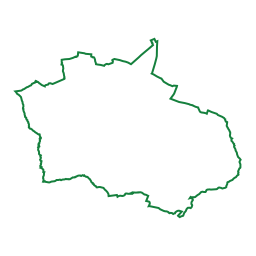 outline of Iordacheanu, Prahova, Romania
{"feature_id": "2599482B35021706171000", "entity_name": "Iordacheanu", "entity_type": "district", "adm_level": 2, "iso_a3": "ROU", "parent_name": "Romania", "parent_adm1": "Prahova", "projection": "natural_earth1", "projection_center": [26.207, 45.054], "detail": "fine", "context": "isolated", "style": "outline", "palette": "green", "viewbox_px": 256, "rotation_deg": 0, "n_neighbors": 0, "source": "geoboundaries", "source_scale": "gbopen_adm2", "svg_char_len": 5716}
<svg xmlns="http://www.w3.org/2000/svg" viewBox="0 0 256 256"><path d="M240.4,167.4L240.4,164.3L239.6,162.3L239.5,162.0L239.6,161.5L240.6,159.7L239.7,158.5L238.1,157.0L237.1,154.4L236.8,152.6L235.6,150.5L235.5,149.5L235.3,149.0L234.1,146.9L234.1,146.3L234.6,145.6L233.9,144.7L234.1,143.9L233.3,143.2L232.4,141.7L231.5,140.9L231.4,140.1L231.5,139.2L232.1,138.5L231.2,138.1L230.6,137.5L230.0,136.0L229.9,135.2L230.2,134.0L230.2,132.2L229.7,131.6L229.6,131.1L229.1,130.0L228.4,129.1L228.1,128.2L227.5,127.6L227.2,126.7L226.7,125.9L227.2,122.1L226.8,121.8L225.8,121.6L225.1,119.8L225.2,119.4L224.9,119.3L224.2,118.1L222.1,116.8L217.9,115.0L216.8,113.8L211.5,112.0L208.1,110.4L207.9,110.4L206.8,113.7L206.1,113.3L204.1,112.8L201.2,112.4L200.1,111.8L199.3,110.4L199.1,109.7L198.3,108.2L198.2,107.5L195.6,106.8L192.8,105.5L192.6,105.2L192.1,105.2L189.8,104.6L189.1,104.2L184.9,103.1L179.1,102.0L170.5,98.7L173.6,94.5L174.2,93.5L176.8,86.8L177.0,85.9L173.8,85.6L172.4,86.2L170.5,85.3L168.7,84.7L163.7,81.7L161.4,78.5L160.8,78.4L157.0,76.5L153.7,74.5L151.8,73.6L152.0,73.4L154.7,64.5L156.3,58.5L156.8,56.1L157.0,46.4L157.3,41.2L155.8,41.8L154.4,38.9L150.8,40.4L152.3,42.9L152.0,43.0L153.0,45.1L141.0,55.2L138.7,57.4L131.0,64.2L128.1,62.6L125.6,61.7L122.8,61.1L119.8,60.1L114.4,59.0L112.4,59.9L112.3,60.4L112.9,61.3L112.6,62.8L108.4,64.3L107.0,63.9L106.3,64.0L104.5,65.1L104.1,65.8L100.6,64.9L98.1,64.6L96.0,64.2L95.8,62.9L95.2,61.3L95.0,59.6L94.5,58.3L94.1,57.5L93.7,57.2L92.5,57.3L92.2,56.9L91.2,56.5L91.3,54.3L85.6,53.8L84.5,53.3L78.2,52.3L77.9,54.5L78.0,54.9L77.8,55.5L77.6,55.7L77.4,56.3L77.0,56.3L76.1,57.0L75.9,57.0L75.8,56.6L75.7,56.6L72.9,57.9L69.4,59.0L64.9,59.3L61.7,59.8L61.7,61.9L62.1,62.9L61.7,63.3L62.0,64.0L61.6,64.6L62.4,64.9L62.8,65.3L63.0,66.1L63.3,68.7L63.0,69.8L62.9,71.2L63.7,73.2L64.1,75.9L64.4,76.7L64.2,77.7L64.5,77.8L64.6,78.2L64.4,78.9L52.6,84.0L50.1,83.2L48.7,83.5L48.2,84.5L45.5,85.2L44.7,86.0L44.7,86.3L41.7,85.0L40.1,83.7L39.4,83.4L38.2,82.1L36.9,81.6L36.5,81.2L36.2,81.1L36.3,82.0L36.1,82.0L35.6,81.4L35.4,81.4L35.3,81.6L35.5,82.1L35.2,82.5L34.2,82.9L33.4,83.1L32.6,83.7L32.0,83.8L31.1,85.3L29.8,85.8L28.0,86.9L26.7,87.3L24.2,89.0L22.8,89.5L22.6,89.8L21.2,90.6L15.4,91.4L15.8,91.8L17.3,94.0L18.6,94.7L20.1,96.1L21.0,97.1L21.9,100.7L22.5,101.9L22.7,103.7L23.3,104.7L23.4,106.7L23.0,107.7L23.1,108.4L23.0,108.7L23.5,109.1L23.3,109.7L23.6,111.1L24.6,113.4L24.6,114.7L25.1,116.0L25.0,116.8L26.2,117.7L26.2,118.8L26.5,119.1L26.7,119.7L27.3,120.0L27.4,121.0L28.2,121.9L28.2,122.9L28.6,123.2L29.0,124.8L28.8,125.9L29.1,126.6L28.8,127.3L28.9,127.5L29.9,128.6L30.8,128.7L31.1,129.0L31.9,129.4L33.1,130.7L34.4,131.4L34.9,132.0L35.9,132.7L36.6,133.0L37.5,133.8L38.4,134.3L39.6,134.3L39.7,134.5L39.7,135.5L40.3,136.8L40.1,137.5L40.3,137.7L40.8,137.7L40.9,137.8L40.8,138.5L39.7,138.9L39.9,139.8L39.8,140.4L40.0,140.6L40.0,141.2L39.2,142.9L38.8,143.3L39.2,143.7L38.5,144.6L39.0,145.3L38.5,145.9L39.2,146.4L39.3,146.6L38.1,147.5L38.4,148.0L38.1,149.8L38.4,150.6L38.8,151.0L39.0,151.9L39.1,152.6L39.0,153.3L39.1,154.1L40.0,155.1L40.6,155.2L40.9,155.4L40.3,156.6L40.4,157.0L40.8,157.3L40.9,157.6L40.7,158.3L40.7,158.7L40.1,159.7L40.7,160.9L41.5,161.1L41.5,161.3L41.3,161.7L41.2,163.1L40.8,163.6L41.0,164.6L40.2,166.0L40.4,166.3L41.5,167.0L40.6,167.8L41.7,168.2L43.3,169.6L43.4,170.1L43.3,172.1L44.3,172.2L44.0,173.1L43.9,175.0L43.6,176.0L43.2,176.6L43.1,178.3L43.4,178.8L43.5,179.7L43.5,180.7L43.1,181.7L43.8,181.8L44.1,181.6L44.3,181.1L44.6,181.1L45.1,181.3L45.4,181.8L48.7,182.4L49.6,182.4L51.4,181.6L54.7,181.2L55.5,180.8L56.6,180.0L58.4,180.0L60.0,179.6L60.8,180.1L61.4,180.1L62.3,179.6L64.7,179.4L65.9,178.9L66.9,179.2L67.7,179.1L68.3,179.3L68.8,179.1L69.2,179.3L70.1,179.1L72.8,177.4L74.1,177.5L74.7,177.1L75.4,177.2L75.6,177.1L76.1,176.5L76.7,176.4L77.3,176.0L78.4,175.6L80.3,175.5L80.8,175.9L81.2,176.0L82.5,175.2L82.9,175.2L83.7,175.8L84.3,175.4L84.7,176.0L86.1,176.8L86.4,176.9L86.8,176.7L87.6,177.0L88.8,178.4L89.9,179.2L90.2,179.9L90.7,180.4L91.4,182.1L91.9,182.6L92.8,183.0L92.8,183.8L93.9,184.3L93.9,184.8L94.1,185.1L95.0,185.8L95.4,185.9L96.1,186.4L96.5,187.3L97.1,187.4L98.4,187.1L99.9,187.0L103.5,187.9L104.8,189.6L106.0,190.6L107.5,192.3L108.5,194.2L108.5,195.4L108.6,196.1L116.9,195.0L117.5,196.8L118.8,196.0L120.2,195.7L122.3,196.0L123.7,195.7L125.0,194.7L125.3,193.8L125.9,193.5L126.7,193.5L128.2,193.8L131.4,193.8L131.1,193.3L132.6,193.2L132.3,192.7L132.8,192.6L132.8,192.4L135.6,192.6L138.0,192.5L138.2,192.3L138.8,192.5L140.1,192.2L141.8,192.6L144.4,194.5L145.8,194.7L148.2,195.9L146.2,201.0L148.9,201.6L149.6,202.2L149.8,203.3L149.7,204.0L148.7,206.2L149.4,206.1L158.6,208.0L160.2,209.3L163.7,210.9L165.1,211.3L166.7,211.4L168.0,211.9L168.5,212.2L168.6,212.6L169.5,213.2L170.5,212.9L171.9,213.0L173.2,214.0L174.3,213.4L175.0,213.3L175.3,212.4L176.7,211.3L177.9,210.8L179.0,210.7L181.8,211.6L178.0,215.7L178.3,216.1L179.8,217.1L180.5,216.6L183.2,215.7L184.2,212.9L185.7,211.2L186.6,209.1L187.5,208.1L187.9,207.8L189.4,207.7L190.7,208.1L191.7,207.0L192.2,205.3L192.1,204.9L191.4,204.0L191.5,202.3L191.8,201.6L192.8,200.2L192.8,199.5L192.6,199.0L191.6,198.4L191.3,197.8L189.8,198.2L190.6,197.0L190.7,196.9L191.5,197.4L192.5,197.2L194.3,197.2L195.2,197.0L197.5,195.1L199.2,194.1L201.1,192.1L202.4,191.7L204.0,192.0L205.5,192.0L205.9,191.4L206.5,190.1L207.3,189.6L209.6,189.4L210.9,189.6L216.5,189.2L217.2,188.9L218.3,187.8L219.1,187.5L221.1,187.9L222.3,188.5L225.5,187.7L226.3,187.0L226.3,186.0L227.2,184.2L227.4,182.4L228.0,182.0L228.7,181.9L229.9,181.0L232.5,179.9L233.3,178.9L234.6,177.8L235.9,177.2L237.1,175.6L238.4,174.8L238.5,174.3L238.2,173.8L238.1,173.2L238.5,172.4L238.1,171.4L238.2,171.1L239.4,168.4L240.2,167.9L240.4,167.4Z" fill="none" stroke="#15803d" stroke-width="2"/></svg>